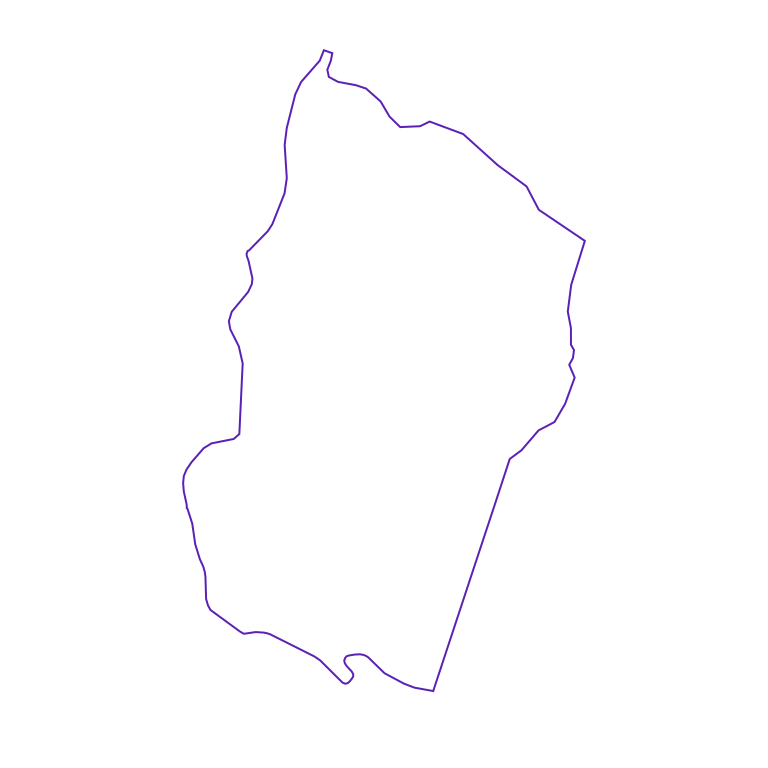 an SVG outline of Mali, rotated 289°
{"feature_id": "GIN-5652", "entity_name": "Mali", "entity_type": "Prefecture", "adm_level": 1, "iso_a3": "GIN", "parent_name": "Guinea", "parent_adm1": "", "projection": "robinson", "projection_center": [-12.225, 12.042], "detail": "fine", "context": "isolated", "style": "outline", "palette": "violet", "viewbox_px": 768, "rotation_deg": 289, "n_neighbors": 0, "source": "natural_earth", "source_scale": "10m", "svg_char_len": 1479}
<svg xmlns="http://www.w3.org/2000/svg" viewBox="0 0 768 768"><g transform="rotate(289 384 384)"><path d="M629.0,205.8L642.6,207.3L668.9,218.0L680.0,218.5L680.0,227.4L672.3,228.5L662.7,228.1L656.4,231.9L654.7,242.2L657.4,260.3L657.5,270.9L650.0,288.9L638.6,302.2L632.2,315.7L639.5,334.2L647.0,341.7L646.1,377.5L628.0,420.1L617.2,454.5L599.1,473.7L589.5,509.5L584.7,527.3L538.8,528.7L512.3,534.2L497.8,542.5L482.0,548.0L477.9,552.6L470.1,554.2L462.5,552.9L452.1,562.2L424.2,561.7L403.6,557.6L390.4,545.2L366.2,535.6L354.1,527.3L307.1,528.0L233.5,528.9L109.7,530.5L106.8,511.5L107.2,500.2L110.7,478.7L120.4,458.1L121.0,455.8L121.2,452.9L120.6,449.2L118.6,444.3L115.9,439.3L114.5,437.4L112.5,436.5L109.7,436.4L107.3,437.8L105.2,440.4L101.7,447.0L99.7,449.3L97.6,450.1L95.5,449.7L92.4,448.7L89.7,447.4L88.0,445.1L88.1,442.1L101.9,413.6L103.7,407.0L110.3,357.7L110.2,354.2L109.8,351.3L107.7,343.5L102.2,332.8L103.1,328.2L113.8,293.6L117.3,289.7L122.8,285.8L143.7,277.9L148.0,275.7L152.6,272.5L158.2,267.1L171.0,257.7L189.5,248.2L202.2,238.7L202.4,237.9L205.4,236.9L217.2,229.7L225.0,226.3L231.8,224.7L238.7,225.1L247.2,227.4L264.6,234.4L271.7,240.2L283.1,259.8L289.6,263.5L357.4,243.7L372.3,234.5L385.6,220.9L392.8,216.9L402.7,216.5L426.9,225.6L435.5,226.5L440.8,225.3L456.1,216.0L460.5,212.5L462.3,211.7L465.1,211.7L465.8,212.2L466.4,212.9L490.7,224.4L498.9,226.4L531.8,227.9L546.9,225.1L577.8,212.2L594.5,208.7L629.0,205.8Z" fill="none" stroke="#5b21b6" stroke-width="2"/></g></svg>